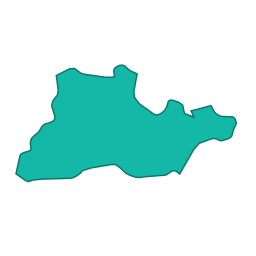 outline of Sing Buri, rotated 95°
{"feature_id": "THA-414", "entity_name": "Sing Buri", "entity_type": "Province", "adm_level": 1, "iso_a3": "THA", "parent_name": "Thailand", "parent_adm1": "", "projection": "natural_earth1", "projection_center": [100.34, 14.946], "detail": "fine", "context": "isolated", "style": "filled", "palette": "teal", "viewbox_px": 256, "rotation_deg": 95, "n_neighbors": 0, "source": "natural_earth", "source_scale": "10m", "svg_char_len": 1721}
<svg xmlns="http://www.w3.org/2000/svg" viewBox="0 0 256 256"><g transform="rotate(95 128 128)"><path d="M72.4,147.3L70.6,147.0L68.7,145.6L66.4,142.0L65.9,139.6L66.1,137.7L66.8,136.3L69.5,132.8L70.6,131.0L71.2,129.6L73.3,123.7L91.0,125.3L96.4,124.4L98.9,122.6L103.0,118.6L111.4,104.5L112.5,102.0L112.6,101.6L112.4,100.0L111.9,98.7L111.2,97.3L110.3,96.0L108.3,93.9L107.1,93.0L105.8,92.3L102.8,91.1L97.8,90.1L96.6,88.6L96.4,85.9L98.0,79.8L99.4,77.1L100.7,75.4L106.4,73.8L108.8,72.6L111.4,63.4L109.9,64.4L106.9,65.7L105.5,66.7L98.5,47.2L104.7,43.1L106.0,41.5L107.3,39.2L108.1,37.1L108.3,35.1L107.8,24.9L108.6,23.2L109.9,22.0L113.9,20.4L120.9,22.9L126.8,23.9L128.3,24.9L129.7,26.7L132.2,32.5L132.6,34.6L132.3,36.2L131.7,37.6L131.2,39.1L130.9,40.8L131.1,42.3L131.5,43.9L137.0,55.7L143.8,60.7L169.3,72.5L166.8,76.3L166.6,77.7L166.7,80.0L170.8,85.1L171.6,86.3L175.3,108.1L176.2,111.4L176.4,113.7L176.2,116.7L175.0,121.8L173.1,126.3L167.6,133.4L166.0,136.1L165.5,137.6L165.9,141.7L171.0,161.2L173.1,166.6L174.7,169.9L176.7,171.1L178.1,172.5L180.5,175.5L181.2,176.5L182.2,178.4L182.6,179.4L183.2,181.7L186.5,209.8L188.3,219.0L189.2,220.3L190.1,222.8L189.2,225.6L183.4,235.6L164.6,233.1L163.1,232.2L161.6,229.6L160.1,225.7L159.6,224.5L158.7,223.4L158.5,223.2L158.3,223.1L157.1,222.9L155.5,223.1L152.2,223.9L149.6,223.9L147.0,223.3L143.8,220.7L140.3,217.1L138.2,215.8L134.5,214.1L132.7,212.7L131.4,211.2L129.6,206.6L128.1,203.9L127.2,202.6L125.6,201.9L123.1,201.7L113.5,205.6L111.5,205.8L108.5,205.5L105.2,203.8L103.2,202.5L101.8,201.3L96.8,200.7L82.0,204.0L74.3,191.6L73.8,189.5L73.4,186.9L73.9,185.6L77.5,179.9L78.3,175.9L79.4,154.4L78.9,148.8L78.0,145.8L72.4,147.3Z" fill="#14b8a6" stroke="#0f766e" stroke-width="1.5"/></g></svg>